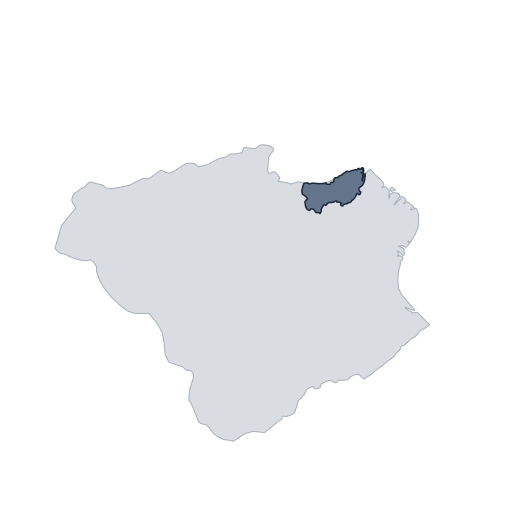 where Cross River sits in Nigeria, rotated 229°
{"feature_id": "NGA-2847", "entity_name": "Cross River", "entity_type": "State", "adm_level": 1, "iso_a3": "NGA", "parent_name": "Nigeria", "parent_adm1": "", "projection": "robinson", "projection_center": [8.541, 5.798], "detail": "fine", "context": "in_parent", "style": "filled", "palette": "slate", "viewbox_px": 512, "rotation_deg": 229, "n_neighbors": 0, "source": "natural_earth", "source_scale": "10m", "svg_char_len": 6512}
<svg xmlns="http://www.w3.org/2000/svg" viewBox="0 0 512 512"><g transform="rotate(229 256 256)"><path d="M393.7,109.3L406.5,129.1L409.2,143.9L410.3,151.1L412.4,152.0L416.4,152.4L419.3,153.8L421.0,156.3L422.1,158.5L422.3,159.9L421.5,168.7L420.6,171.9L421.1,176.3L421.0,178.1L420.6,179.4L418.8,180.9L416.4,182.3L410.6,186.5L409.0,187.1L406.6,187.2L404.5,188.3L402.0,190.6L396.7,199.0L392.2,207.5L388.9,221.3L384.9,225.5L384.2,229.4L383.5,237.9L382.9,240.5L382.3,241.3L377.9,242.9L375.4,244.9L373.9,248.8L372.0,262.0L371.4,264.2L370.0,266.4L367.7,268.9L365.8,270.3L360.8,271.2L356.1,281.1L356.0,282.9L354.0,291.9L350.3,298.7L350.1,303.1L345.5,309.1L343.2,313.1L345.6,317.4L345.8,318.1L338.0,325.3L337.5,326.4L337.2,331.4L336.5,332.7L335.1,334.5L333.0,336.5L330.8,338.1L328.4,339.2L326.1,339.6L324.7,339.0L324.0,337.4L322.7,331.3L322.0,330.0L320.5,328.9L314.4,322.1L310.7,319.8L310.0,319.9L309.4,320.6L308.3,324.0L307.3,325.2L305.4,325.6L302.0,325.7L299.6,325.2L299.0,324.5L297.8,321.9L290.3,328.0L287.7,329.4L284.3,336.6L279.6,340.2L276.3,343.3L267.6,353.2L265.8,356.1L264.1,360.4L260.4,378.9L254.3,390.5L253.5,392.9L253.2,392.8L252.4,393.9L250.0,393.2L249.0,391.1L247.5,390.7L245.0,387.6L244.5,388.1L247.1,396.1L246.2,399.2L238.8,399.3L232.4,400.3L228.0,400.2L225.8,399.1L224.8,396.1L224.5,396.4L224.2,398.0L222.9,399.3L217.9,399.5L215.8,397.5L214.0,395.2L212.1,394.2L212.4,395.1L214.6,397.3L214.3,400.6L210.4,404.3L207.8,404.5L206.3,402.9L205.5,400.3L205.1,396.4L204.1,393.9L203.5,393.9L204.2,398.1L204.2,402.0L206.1,405.0L203.2,406.0L199.7,406.1L199.3,404.9L198.9,402.4L198.2,401.8L197.5,406.0L190.4,407.2L189.4,407.0L189.2,406.3L189.7,405.1L189.6,403.2L188.0,404.6L187.8,407.6L186.9,408.1L184.2,407.6L181.2,406.1L176.4,402.4L170.5,396.3L169.6,393.6L167.9,390.3L164.8,381.1L165.4,380.7L166.7,381.1L167.4,380.3L164.9,379.7L164.4,379.0L164.3,376.9L164.4,374.5L168.1,373.2L169.0,371.6L169.5,370.1L164.9,372.4L160.6,369.8L159.7,368.3L160.2,367.0L165.1,367.0L166.9,365.8L165.8,365.4L163.9,365.4L163.2,364.6L163.3,362.7L162.7,363.2L161.8,364.8L159.0,366.1L157.3,364.8L157.1,362.1L156.7,360.8L155.3,359.9L150.3,352.6L143.9,346.6L138.3,342.4L129.8,340.4L111.9,340.5L110.9,339.9L112.0,339.0L113.6,338.3L119.3,335.0L118.3,334.5L112.4,336.6L110.3,336.8L107.7,340.9L90.1,341.8L90.2,339.9L90.9,334.6L92.0,330.9L90.9,326.4L90.6,322.4L91.3,321.1L91.6,319.6L91.4,309.2L92.4,307.7L92.4,306.7L90.6,302.2L90.6,298.9L90.3,295.6L89.7,294.1L90.4,281.4L90.2,278.3L90.8,276.1L91.1,270.6L91.1,265.3L92.3,256.8L99.8,255.7L101.7,252.4L102.7,248.2L102.4,244.1L104.8,240.5L107.8,237.2L107.7,233.7L108.5,232.6L109.9,231.8L111.9,231.4L114.2,229.6L115.4,226.5L116.7,221.6L114.8,218.2L114.8,217.4L115.5,215.6L116.7,213.7L117.7,213.1L119.9,213.6L120.6,212.9L122.0,207.4L121.9,206.0L119.9,202.3L118.8,192.5L118.2,191.2L116.6,189.4L112.5,182.5L112.6,179.2L114.3,175.0L115.5,172.9L117.1,171.8L117.4,170.8L117.0,169.6L116.2,168.8L116.0,166.9L116.8,164.2L116.6,161.3L117.1,146.5L120.5,143.6L125.5,138.7L128.0,133.7L129.4,129.8L131.1,117.1L133.7,115.7L138.7,111.1L145.5,108.4L149.9,107.5L157.6,108.1L161.5,107.6L164.8,105.1L166.4,104.4L168.5,103.9L187.7,110.6L189.4,110.3L190.9,110.7L193.3,112.5L198.9,118.6L204.8,128.2L206.7,130.2L208.5,131.3L210.4,131.7L211.9,131.6L213.2,130.7L215.1,128.9L217.9,128.0L220.2,128.2L232.2,120.9L233.4,120.8L240.7,122.4L250.7,129.7L258.9,134.5L264.7,136.1L271.4,137.3L282.9,137.6L291.6,127.3L294.9,125.1L298.7,123.0L306.8,121.1L320.2,119.8L332.8,120.4L340.6,122.2L348.9,125.5L352.4,128.7L358.0,129.3L362.0,128.6L363.3,125.4L367.3,121.3L373.3,117.4L378.2,114.7L382.3,113.4L385.8,110.3L388.7,109.4L393.7,109.3ZM218.4,403.6L215.7,404.6L213.9,404.3L216.4,400.1L217.6,401.0L219.2,401.4L218.4,403.6Z" fill="#d9dde1" stroke="#a8b0b8" stroke-width="1"/><path d="M279.6,340.2L279.4,340.3L278.6,340.9L277.7,342.7L276.9,343.2L276.5,343.3L276.1,343.2L275.8,343.3L275.4,343.5L275.1,344.0L274.3,345.9L273.5,347.0L269.7,350.5L267.1,353.6L266.5,354.5L266.2,355.0L265.7,355.2L265.6,355.5L265.5,356.4L265.4,356.8L264.9,356.8L264.3,356.6L263.7,356.5L263.2,357.0L262.9,357.6L261.9,358.3L261.6,358.8L261.6,359.5L261.9,360.0L262.2,360.5L262.1,361.3L261.6,362.0L261.1,362.4L260.9,362.9L261.2,363.7L261.8,364.3L262.4,364.8L262.9,365.5L263.2,366.3L263.1,367.1L262.7,367.7L262.2,368.3L261.7,368.9L261.6,369.6L261.6,370.2L261.7,370.8L261.7,371.5L261.5,372.2L260.9,373.5L260.8,374.3L260.8,374.7L261.0,375.5L261.0,375.8L260.3,380.1L260.1,380.5L259.8,380.7L259.5,380.7L259.2,380.9L258.9,381.2L258.3,382.2L258.2,382.6L257.7,384.0L257.5,384.6L257.1,385.3L256.0,387.2L255.8,387.8L255.0,388.4L254.8,388.9L254.9,389.6L255.0,390.0L255.1,390.5L254.6,391.0L254.5,390.9L254.3,390.7L254.1,390.6L253.9,390.8L253.6,391.0L253.3,391.4L253.2,391.6L253.1,391.9L252.9,392.5L252.8,392.8L252.8,393.1L253.0,393.6L253.0,393.9L252.8,394.4L252.5,394.5L252.1,394.5L251.7,394.3L251.3,394.4L251.1,394.3L251.2,394.0L251.3,393.8L251.4,393.5L251.5,393.1L251.4,393.0L251.1,393.1L250.6,393.4L250.2,393.5L249.4,393.1L249.3,392.2L249.6,391.1L249.8,390.0L249.6,390.0L249.4,391.1L248.8,391.6L248.0,391.6L247.3,390.8L247.3,390.7L247.5,390.4L247.2,390.3L246.7,390.0L246.8,389.6L246.6,389.2L245.8,388.6L245.2,388.1L245.0,387.6L244.6,386.9L244.4,386.6L244.1,386.5L243.8,386.4L243.5,386.0L243.2,385.7L243.0,385.4L242.9,385.4L242.9,385.6L244.4,387.3L244.8,387.8L245.5,389.3L245.6,390.1L245.2,390.4L245.3,390.8L245.6,391.3L245.9,391.8L246.2,391.9L246.3,392.1L246.0,392.0L244.9,391.1L241.6,387.2L240.6,385.6L239.9,384.0L239.5,382.3L239.7,378.4L239.2,377.8L238.0,376.9L237.3,376.7L235.6,377.0L235.1,376.5L234.8,375.9L234.3,374.6L235.1,373.6L236.4,373.9L236.8,372.8L235.4,369.8L234.8,366.5L235.0,364.7L234.5,363.3L234.7,362.5L234.9,361.7L235.4,361.2L235.7,360.5L235.6,359.8L235.7,359.0L236.0,358.6L237.0,356.9L237.4,355.5L236.9,354.5L237.3,353.7L238.4,353.3L239.4,353.6L240.0,355.1L240.7,355.0L241.2,354.5L242.5,353.8L242.9,353.2L243.3,352.5L244.1,352.5L244.9,352.9L245.3,352.1L245.8,349.7L246.4,348.7L247.0,347.8L248.6,346.0L248.8,343.8L248.3,342.9L248.5,341.9L250.2,340.8L250.1,339.8L249.5,338.9L249.3,338.0L249.1,337.1L248.7,336.4L248.6,336.1L248.4,335.8L248.0,335.5L247.6,335.2L246.5,333.8L246.1,332.1L247.0,332.0L247.9,331.4L248.6,330.5L249.5,329.8L250.6,329.8L251.7,330.0L252.9,330.0L254.1,329.7L255.0,329.1L255.5,328.2L255.2,327.0L255.6,326.0L257.4,325.2L259.3,325.4L261.3,326.2L264.7,328.4L265.4,330.1L265.1,332.0L265.7,332.5L266.4,332.7L268.0,332.6L272.4,331.7L274.9,333.1L278.2,337.6L279.0,339.2L279.5,340.2L279.6,340.2Z" fill="#64748b" stroke="#1e293b" stroke-width="1.5"/></g></svg>